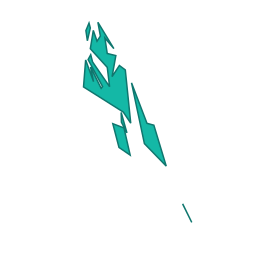 map outline of Svalbard (Robinson projection), rotated 67°
{"feature_id": "NOR-901", "entity_name": "Svalbard", "entity_type": "Territory", "adm_level": 1, "iso_a3": "NOR", "parent_name": "Norway", "parent_adm1": "", "projection": "robinson", "projection_center": [18.37, 77.559], "detail": "coarse", "context": "isolated", "style": "filled", "palette": "teal", "viewbox_px": 256, "rotation_deg": 67, "n_neighbors": 0, "source": "natural_earth", "source_scale": "10m", "svg_char_len": 746}
<svg xmlns="http://www.w3.org/2000/svg" viewBox="0 0 256 256"><g transform="rotate(67 128 128)"><path d="M111.5,126.1L72.8,152.9L48.8,140.4L71.9,141.6L57.2,138.7L81.0,137.2L79.9,135.2L49.4,138.0L46.0,133.7L53.3,134.8L82.8,128.8L64.1,123.4L40.3,131.7L24.6,121.8L36.0,122.6L32.6,117.5L18.9,114.4L49.4,110.0L36.1,114.1L51.3,118.0L56.6,110.9L74.5,122.6L67.1,111.5L73.5,107.8L124.6,123.6L111.5,126.1ZM178.0,107.7L148.8,119.0L87.8,107.1L131.1,108.7L135.5,103.1L178.0,107.7ZM153.8,136.6L142.4,143.9L118.1,140.3L126.4,131.7L153.8,136.6ZM120.1,131.8L111.0,128.2L132.1,130.9L120.1,131.8ZM31.8,131.3L21.9,128.7L16.2,122.9L21.2,123.6L31.8,131.3ZM219.5,107.3L239.8,106.2L219.3,107.4L219.5,107.3Z" fill="#14b8a6" stroke="#0f766e" stroke-width="1.5"/></g></svg>